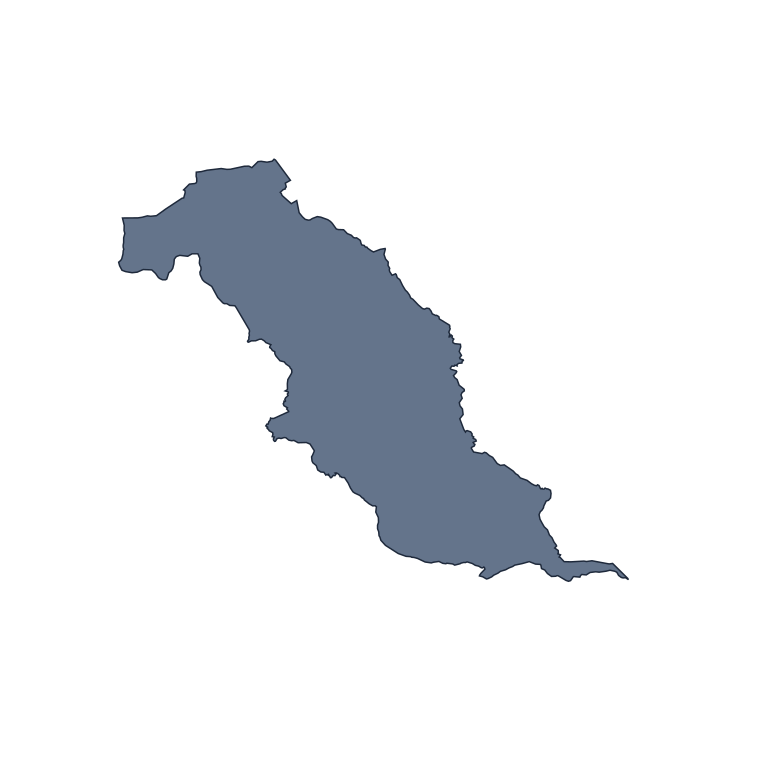 Ocolis, Alba, Romania, rotated 210°
{"feature_id": "2599482B36023808601680", "entity_name": "Ocolis", "entity_type": "district", "adm_level": 2, "iso_a3": "ROU", "parent_name": "Romania", "parent_adm1": "Alba", "projection": "natural_earth1", "projection_center": [23.435, 46.493], "detail": "fine", "context": "isolated", "style": "filled", "palette": "slate", "viewbox_px": 768, "rotation_deg": 210, "n_neighbors": 0, "source": "geoboundaries", "source_scale": "gbopen_adm2", "svg_char_len": 6159}
<svg xmlns="http://www.w3.org/2000/svg" viewBox="0 0 768 768"><g transform="rotate(210 384 384)"><path d="M693.5,397.0L688.3,391.5L685.9,387.0L683.7,384.8L682.6,380.5L680.2,376.3L679.3,373.8L678.3,372.1L676.7,370.5L676.5,369.1L675.0,365.9L673.7,361.2L673.8,359.4L674.7,356.8L672.1,354.2L667.8,351.5L664.1,352.1L657.8,354.4L653.6,357.5L649.8,362.7L642.2,366.7L637.1,365.5L632.6,363.4L630.8,363.2L627.9,363.5L625.3,365.0L624.6,366.3L626.0,372.8L624.9,375.5L624.8,378.6L626.0,382.9L628.0,387.2L627.7,390.0L627.2,391.0L625.2,393.3L617.8,396.5L615.3,400.8L610.3,403.7L606.4,400.8L604.4,396.4L602.9,394.9L601.0,393.7L599.6,391.5L599.4,388.9L597.9,386.8L593.4,383.6L590.7,382.8L582.0,382.4L571.2,375.8L564.2,373.7L562.6,373.7L560.2,375.0L556.9,374.9L552.3,377.2L550.4,376.4L527.8,363.6L526.9,362.6L526.1,360.2L525.0,359.0L524.5,357.0L523.4,355.2L523.6,352.8L522.9,352.3L522.2,352.5L520.4,355.1L516.8,357.2L514.3,360.4L512.5,361.6L509.1,361.5L507.0,360.8L501.6,361.5L501.7,359.5L501.2,358.4L499.7,358.3L497.3,357.2L494.8,357.4L493.6,355.6L491.7,354.3L485.7,352.1L481.4,353.3L479.0,352.3L474.5,351.9L472.9,350.8L471.3,350.4L469.7,348.2L469.4,346.5L469.5,339.8L467.9,336.0L465.0,331.2L465.1,330.3L466.1,328.6L463.0,329.3L462.4,328.5L462.7,327.0L461.3,326.1L462.3,322.9L462.2,321.1L460.8,320.0L461.0,319.4L462.0,319.1L461.4,317.6L461.4,316.5L459.8,315.2L455.7,315.1L455.8,313.7L453.2,312.9L452.7,312.4L462.2,299.1L464.3,297.9L465.2,297.8L464.5,295.5L464.9,293.9L464.3,291.3L465.3,290.8L465.4,288.6L463.2,288.4L463.4,287.6L463.1,287.2L461.2,286.8L460.0,286.1L456.1,286.2L455.0,284.8L454.5,282.5L452.5,283.2L452.3,281.0L451.5,280.1L450.1,279.6L449.4,280.2L449.3,283.3L447.9,284.7L445.9,285.3L443.7,287.7L442.1,288.4L438.3,287.8L435.6,288.7L433.8,290.1L429.0,290.2L422.0,294.5L418.0,295.0L410.9,291.3L410.3,286.8L410.3,284.7L407.9,281.4L406.2,280.2L401.9,279.5L398.4,276.4L394.7,276.2L391.9,277.5L388.8,276.0L388.1,277.2L386.7,277.1L386.7,277.9L383.5,276.1L382.7,276.7L382.2,279.5L380.7,280.1L380.5,282.1L381.8,282.4L381.0,283.1L379.2,283.3L376.8,282.8L375.7,281.8L374.8,282.3L373.8,282.0L371.4,283.2L365.5,280.3L361.0,277.1L357.0,275.1L354.9,274.9L349.2,275.4L345.8,274.5L344.5,274.7L343.1,273.8L337.0,272.8L332.9,272.8L330.8,274.1L329.2,273.9L327.1,269.0L322.1,265.5L319.6,261.5L319.0,258.5L317.2,255.4L314.7,253.4L312.4,250.1L310.9,249.3L308.6,247.1L302.1,245.0L286.9,244.3L278.7,245.8L274.6,247.8L273.4,247.8L271.3,248.8L267.8,249.7L259.4,250.4L253.6,252.7L251.9,254.5L247.7,257.8L243.4,258.1L240.5,259.3L240.0,260.2L234.6,262.5L232.2,262.5L228.2,266.4L227.7,267.4L225.6,269.4L224.3,270.0L223.1,271.5L217.8,272.7L214.3,272.6L210.9,273.6L207.8,273.5L206.6,274.1L206.0,275.4L205.0,275.1L204.0,274.1L205.4,268.6L205.6,266.3L205.4,265.5L202.1,266.4L197.8,266.4L196.7,267.4L194.3,270.8L193.4,273.3L190.7,277.2L189.5,280.0L185.8,283.9L183.8,287.2L181.3,290.3L180.2,292.5L174.6,297.5L169.4,302.8L162.7,303.8L158.5,305.9L157.6,305.6L155.3,302.9L151.8,303.3L147.7,301.6L142.7,301.1L139.1,303.4L138.6,304.3L137.5,305.0L128.2,304.9L125.6,305.4L124.1,307.0L123.7,311.7L123.4,312.1L117.8,314.7L118.0,316.4L117.5,317.9L113.4,319.8L111.3,323.8L106.8,327.2L103.6,328.6L98.1,332.9L95.2,335.7L90.6,337.2L88.3,337.4L85.1,335.5L81.8,335.1L80.0,335.6L78.0,337.0L74.5,336.8L75.7,337.5L96.3,342.9L99.1,340.7L115.5,334.9L119.9,331.5L122.3,330.6L133.3,323.4L139.2,320.2L144.4,321.8L145.8,321.7L145.7,324.3L148.5,323.9L148.6,325.0L149.9,326.9L154.2,327.3L153.5,330.0L154.3,330.6L157.7,332.1L161.7,334.9L165.2,335.9L169.5,339.4L173.8,340.4L177.6,342.6L181.3,344.9L184.4,348.4L184.8,351.5L184.1,353.6L184.0,356.5L184.6,358.2L185.0,363.8L183.4,365.5L182.8,368.6L184.6,372.7L186.7,375.2L189.6,375.1L190.7,374.5L192.5,374.4L192.7,373.2L193.2,372.8L193.9,372.4L194.9,372.7L195.4,371.7L196.1,371.6L199.0,373.6L200.6,373.5L201.1,372.1L203.1,371.5L206.5,371.4L211.9,372.1L219.0,370.8L222.6,372.1L225.1,372.1L228.5,373.2L239.4,374.1L242.5,371.7L246.2,371.7L253.2,374.8L257.1,374.7L261.0,375.5L262.8,375.1L264.2,372.8L272.4,369.9L275.9,371.8L276.4,372.2L276.4,373.0L274.8,375.5L275.1,377.2L276.2,377.2L277.6,378.0L275.6,380.7L276.0,381.1L276.9,381.8L279.5,381.5L279.8,381.7L279.8,383.0L282.0,383.2L282.7,384.8L285.0,385.9L288.7,385.2L289.3,384.5L289.4,383.1L292.1,384.5L301.0,391.8L300.2,397.1L303.6,401.6L307.3,403.1L309.5,405.5L309.1,410.7L311.9,413.1L312.1,415.6L311.0,418.2L311.9,419.5L318.3,420.5L322.9,424.4L326.0,424.9L328.0,426.0L327.1,429.8L327.2,431.1L328.0,431.5L333.4,430.2L334.5,430.8L334.2,433.5L332.2,434.4L332.1,435.7L329.7,436.3L330.5,437.2L329.7,439.2L327.0,441.1L327.7,443.0L327.0,444.0L327.5,444.5L330.8,443.8L331.6,444.5L331.2,447.5L335.1,449.7L336.1,454.5L337.7,456.6L342.9,454.3L345.0,454.3L346.1,455.9L346.0,457.8L348.3,458.1L348.8,459.7L350.3,460.0L350.5,457.8L351.2,457.4L351.9,460.1L353.8,461.3L354.3,464.9L355.7,466.1L355.8,466.9L356.7,467.7L368.6,468.0L370.1,469.7L371.3,469.8L372.8,469.8L373.4,469.2L377.3,468.9L379.7,470.7L382.6,471.9L384.9,471.1L386.4,469.1L388.3,468.6L393.8,469.6L401.3,471.8L404.0,471.9L406.3,473.7L409.7,475.3L412.5,476.0L417.2,478.6L422.6,482.3L425.7,482.7L428.1,484.9L429.1,485.2L431.4,482.2L435.3,484.2L436.5,485.5L436.9,487.0L439.8,488.7L441.3,491.7L445.1,493.0L448.8,496.2L450.3,501.5L450.8,501.9L454.6,498.7L459.1,493.1L461.8,493.0L465.9,493.4L467.3,494.0L468.7,493.3L470.4,494.1L472.7,493.3L474.2,494.3L476.0,496.2L476.8,496.6L480.8,496.9L482.0,496.0L483.6,495.6L486.6,496.5L491.0,495.9L496.1,497.4L500.8,494.9L502.8,494.4L509.2,497.3L511.7,498.0L514.8,498.2L522.1,496.9L525.5,495.6L528.8,491.5L530.0,489.2L531.4,488.1L534.6,487.2L538.2,488.0L543.1,489.9L551.3,499.2L554.5,493.8L566.6,496.3L568.0,497.5L569.7,498.1L568.5,501.9L567.0,503.6L567.4,504.2L567.2,505.8L569.9,508.6L566.9,513.6L590.0,523.7L591.6,523.7L592.2,521.1L596.2,517.6L601.8,515.4L604.3,513.6L606.6,505.3L610.0,505.1L613.9,502.7L624.5,493.1L627.4,491.3L632.7,489.2L644.1,480.7L648.5,476.5L652.5,473.6L650.5,469.9L649.1,468.5L647.4,465.7L647.2,464.3L648.1,463.0L652.5,459.8L654.6,451.9L653.2,452.0L651.9,450.4L650.5,445.0L651.8,443.9L660.5,426.5L665.2,416.0L669.9,412.6L673.0,411.3L676.8,407.5L680.2,404.8L693.5,397.0Z" fill="#64748b" stroke="#1e293b" stroke-width="1.5"/></g></svg>